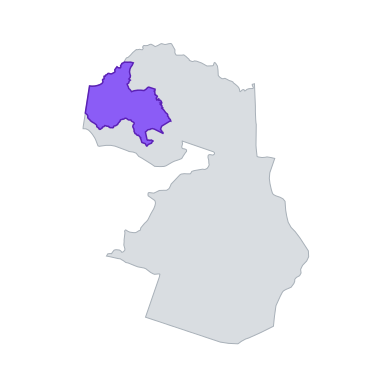 where Northern sits in Zambia, rotated 289°
{"feature_id": "ZMB-515", "entity_name": "Northern", "entity_type": "Province", "adm_level": 1, "iso_a3": "ZMB", "parent_name": "Zambia", "parent_adm1": "", "projection": "natural_earth1", "projection_center": [30.182, -9.848], "detail": "fine", "context": "in_parent", "style": "filled", "palette": "violet", "viewbox_px": 384, "rotation_deg": 289, "n_neighbors": 0, "source": "natural_earth", "source_scale": "10m", "svg_char_len": 8918}
<svg xmlns="http://www.w3.org/2000/svg" viewBox="0 0 384 384"><g transform="rotate(289 192 192)"><path d="M250.7,259.3L235.5,259.3L230.0,260.7L225.5,262.9L220.1,266.2L217.0,268.5L216.1,269.8L215.7,272.6L215.7,277.0L215.2,280.2L213.5,283.0L205.3,286.5L200.0,289.4L194.7,292.8L190.8,297.2L188.1,302.5L183.6,309.2L174.2,321.2L168.7,323.4L164.1,322.9L158.6,320.4L154.2,319.9L150.9,321.5L147.9,321.0L145.2,318.5L142.8,317.6L141.0,318.2L138.6,318.1L134.2,316.7L130.4,312.5L128.3,310.7L126.8,310.1L122.2,309.4L111.8,308.4L101.1,310.5L91.6,312.7L81.9,303.2L72.4,293.1L70.5,290.6L66.9,287.3L64.4,285.6L63.4,284.8L60.8,275.9L59.3,267.6L58.5,188.8L101.1,188.8L103.8,188.4L103.9,187.6L102.0,183.4L102.0,181.9L102.5,179.0L104.4,173.3L104.5,171.4L103.6,165.2L103.7,161.8L104.1,154.7L103.8,152.4L104.8,149.2L105.1,147.1L105.5,146.2L105.0,143.8L104.1,135.5L103.6,132.0L106.1,132.5L107.0,134.2L107.5,136.1L108.6,136.2L111.7,137.3L112.7,138.9L113.5,142.2L113.1,143.9L112.1,145.3L113.1,146.5L115.1,147.4L116.3,147.1L119.7,144.8L122.9,144.0L124.5,143.4L131.5,141.9L132.9,141.1L133.9,141.1L134.6,141.7L134.0,144.1L133.8,146.2L134.6,150.2L135.3,152.0L136.8,153.4L137.8,154.1L139.0,155.5L141.5,155.3L146.9,157.3L148.5,158.2L150.8,159.2L152.4,159.5L158.0,160.2L163.9,161.3L166.9,161.4L169.1,161.2L170.6,160.6L171.5,159.9L171.9,159.4L174.1,151.8L175.2,151.2L176.7,150.9L177.5,151.5L178.5,156.3L182.8,160.6L184.2,164.2L185.3,167.3L186.2,168.1L187.8,169.2L190.4,169.6L192.7,169.7L204.1,174.9L205.4,175.9L206.8,178.7L207.7,181.9L208.6,184.4L210.0,184.9L211.4,185.1L212.7,186.8L213.6,188.3L217.0,194.5L217.5,196.9L219.2,198.6L221.4,199.3L223.4,199.4L224.6,198.6L227.6,197.4L229.8,195.9L231.5,195.4L232.5,195.7L233.2,196.7L233.7,199.8L235.3,200.9L236.5,200.4L237.0,199.2L237.0,198.6L237.0,166.2L235.9,166.5L234.6,167.4L231.6,167.5L230.4,168.2L230.0,169.2L230.3,170.6L230.3,172.4L229.9,173.2L228.6,173.6L226.7,172.9L223.2,172.0L220.3,171.4L218.2,169.0L215.4,165.3L213.5,163.4L209.1,159.6L208.3,158.9L207.0,157.1L205.8,154.0L204.7,150.5L204.1,148.3L205.1,144.9L207.7,133.6L208.3,130.1L210.5,126.6L210.6,123.4L209.8,119.4L210.0,117.1L210.3,104.3L209.7,100.2L208.2,95.7L205.0,89.4L205.0,88.1L209.9,84.0L211.4,82.5L214.0,79.2L215.7,76.4L216.8,74.1L217.2,71.2L216.4,68.4L218.1,67.9L258.9,60.6L259.5,62.5L260.7,65.7L262.1,68.1L263.8,70.1L265.3,71.4L266.3,71.8L272.6,71.6L274.9,72.9L276.8,74.5L277.3,76.9L278.6,78.5L280.0,79.7L280.6,79.8L281.6,79.5L283.3,79.5L284.9,80.0L285.6,80.6L285.7,82.6L286.2,83.5L288.3,83.9L290.5,84.1L292.5,85.5L294.8,85.7L297.4,86.3L298.6,87.8L301.4,89.3L304.8,90.7L308.6,93.0L308.6,93.7L309.3,95.0L309.9,96.0L310.0,97.4L310.3,98.7L311.2,99.0L312.0,99.1L312.8,98.2L313.8,98.2L314.9,98.8L315.2,100.3L316.1,102.4L317.5,103.7L318.4,105.1L318.1,107.5L317.5,109.8L319.4,112.0L321.8,114.1L322.4,115.0L322.6,118.1L323.0,119.2L324.7,121.8L325.5,123.5L325.4,124.5L320.9,129.6L318.2,130.4L317.0,131.5L316.3,132.6L318.0,137.7L319.0,139.6L318.2,142.1L316.4,146.2L315.6,146.6L315.4,149.7L316.0,150.8L316.8,151.7L317.2,153.8L317.1,159.1L316.0,165.1L318.0,170.3L318.6,170.9L321.4,170.9L321.9,171.4L321.2,172.8L319.3,175.1L315.7,176.9L310.7,178.9L309.6,180.8L308.9,183.5L309.5,185.1L310.2,186.1L309.9,188.5L309.5,191.0L309.6,193.0L309.4,194.8L308.7,195.6L307.8,198.3L306.7,200.9L305.9,202.2L304.6,203.4L302.6,204.5L302.6,205.0L304.9,206.3L305.5,207.1L305.7,207.7L304.7,209.1L305.8,209.9L307.0,210.6L308.3,212.3L309.6,215.7L309.9,216.0L310.3,216.1L311.0,215.7L312.4,214.3L313.4,213.9L314.7,215.8L293.5,224.1L288.5,225.8L281.1,228.7L278.6,229.8L276.7,230.8L257.0,237.3L253.9,238.6L246.9,241.9L246.7,242.4L246.8,243.9L247.4,247.0L248.6,249.8L249.6,251.5L250.3,255.6L250.7,259.3Z" fill="#d9dde1" stroke="#a8b0b8" stroke-width="1"/><path d="M258.9,60.6L259.5,63.2L260.6,65.8L262.1,68.2L263.6,70.1L264.4,70.8L265.3,71.5L266.4,71.9L267.3,71.9L267.8,71.6L268.3,71.2L268.8,70.9L269.3,70.9L269.6,71.1L270.0,71.8L270.3,72.0L270.5,72.1L270.9,71.9L272.1,71.4L272.4,71.3L272.5,71.2L272.9,71.2L273.0,71.4L273.0,71.9L273.1,72.1L273.4,72.3L273.7,72.4L274.0,72.3L274.4,72.3L274.7,72.6L275.2,73.2L275.6,73.5L276.5,73.8L276.9,74.2L277.1,74.9L277.1,75.9L277.3,77.0L277.8,77.8L280.0,79.8L280.4,80.0L280.8,80.0L281.3,79.8L282.1,79.3L282.6,79.2L286.0,80.3L285.6,81.4L285.6,82.7L286.1,83.8L287.0,84.0L287.5,83.8L287.8,83.5L288.2,83.3L288.8,83.4L289.5,83.9L289.9,83.9L290.3,83.8L290.6,83.8L291.0,84.1L291.9,85.1L292.3,85.5L292.8,85.7L293.7,88.8L294.8,91.7L295.0,94.4L292.5,94.2L290.2,93.5L287.9,93.3L285.2,93.8L283.3,94.9L281.8,96.0L280.0,96.2L278.3,95.5L277.7,97.3L276.2,96.5L274.5,96.7L272.9,95.5L271.8,96.4L270.4,97.8L269.3,98.4L268.7,100.0L267.2,102.2L268.9,104.3L270.6,107.6L271.6,110.5L272.3,113.6L274.1,115.0L276.4,116.1L277.1,117.0L277.2,123.6L275.7,124.0L275.6,123.9L275.5,123.7L275.3,123.5L275.1,123.4L274.9,123.6L274.7,124.1L274.2,124.3L273.5,124.7L273.0,124.9L272.4,125.0L272.2,125.1L272.1,125.3L272.3,125.6L272.2,125.8L271.8,125.8L271.7,125.9L271.6,126.1L271.7,127.2L271.6,127.5L271.4,127.7L271.0,128.0L270.8,128.2L270.6,127.9L270.1,127.8L269.6,127.7L269.3,127.6L268.9,127.7L268.5,127.9L267.5,128.8L267.9,129.3L268.0,129.5L268.1,129.8L268.4,129.8L268.6,129.7L268.8,129.6L269.1,129.8L269.2,130.4L268.8,130.6L268.0,130.5L267.8,130.8L267.8,131.0L267.9,131.3L268.4,131.9L268.4,132.0L268.3,132.4L268.2,132.5L267.9,132.9L267.9,133.2L266.8,134.2L266.5,134.4L266.0,134.4L266.2,134.1L266.3,133.9L266.2,133.6L266.1,133.3L265.9,133.0L265.8,133.3L265.7,133.9L265.4,134.1L265.0,133.9L264.8,133.6L265.0,133.3L264.6,133.3L264.3,133.9L264.1,134.8L263.9,135.4L263.7,135.5L263.0,135.8L262.8,135.8L262.6,135.9L262.4,136.1L262.1,136.2L261.8,136.2L262.2,136.8L262.1,137.0L261.8,136.9L261.5,136.6L261.3,136.7L261.1,136.9L261.0,137.2L260.9,137.5L260.5,138.4L258.6,141.1L258.1,142.2L257.9,142.9L257.8,143.2L257.3,143.7L257.1,143.8L256.9,144.1L256.3,144.1L256.0,144.1L255.8,144.2L255.6,144.5L255.3,145.3L255.2,145.5L254.9,145.8L254.6,145.9L254.2,146.1L254.0,146.6L253.8,147.2L253.6,147.7L252.7,148.5L252.1,148.8L252.1,148.7L252.0,148.2L251.9,148.1L244.8,142.2L244.4,142.0L244.0,141.9L241.2,141.8L240.9,141.9L240.7,142.0L240.5,142.8L240.2,143.2L239.4,143.8L239.3,144.0L239.1,144.3L239.0,144.6L239.0,144.9L238.9,145.1L238.2,145.3L238.0,145.8L237.9,146.0L239.2,135.9L239.1,134.5L239.1,134.2L239.0,133.9L238.4,132.7L238.2,132.6L238.1,132.4L237.5,132.0L237.4,131.8L236.7,130.4L236.6,130.2L236.1,129.8L235.9,129.7L235.0,129.3L234.2,128.8L233.9,128.5L233.7,128.4L233.4,128.5L227.1,132.3L226.8,132.6L226.5,133.0L226.6,133.4L227.0,134.1L227.1,134.3L227.0,134.6L227.0,134.8L227.1,135.1L227.1,135.4L227.2,135.6L227.9,136.5L227.9,136.9L227.7,137.5L227.7,138.2L227.7,138.4L227.6,138.5L227.4,138.6L226.2,137.9L225.9,137.8L225.3,137.9L225.0,137.8L224.9,137.7L222.9,135.4L222.7,135.2L220.9,134.5L220.7,134.4L220.7,134.2L220.9,133.8L221.4,133.2L222.4,132.2L222.5,132.0L222.5,131.8L222.5,128.7L222.6,128.4L225.4,126.4L225.6,126.1L225.8,125.8L226.1,125.7L226.5,125.8L226.8,125.7L227.0,124.9L227.2,124.6L228.1,123.1L228.2,122.8L228.2,122.7L227.9,122.3L227.8,121.9L227.8,121.7L228.2,120.9L228.3,120.6L228.5,120.5L228.6,120.3L228.7,120.1L228.7,119.2L228.8,119.0L228.9,118.9L229.6,118.4L230.2,117.7L230.4,117.5L230.7,117.4L231.4,117.2L232.2,116.7L232.7,116.5L232.8,116.4L233.0,116.2L233.7,115.4L234.1,115.1L234.3,114.9L234.7,114.7L234.8,114.7L235.4,114.6L236.4,114.6L236.5,114.7L236.8,114.8L237.3,115.0L237.7,115.1L238.0,115.0L238.3,114.9L238.7,114.5L238.8,114.4L238.9,114.1L239.2,112.1L239.3,111.8L239.5,111.6L239.6,111.3L239.8,111.2L240.1,110.8L240.2,110.7L239.9,110.0L239.6,109.0L239.5,108.5L239.5,108.3L239.5,108.2L240.1,106.5L240.2,105.9L240.2,105.6L239.9,104.7L239.6,104.3L239.5,104.2L238.8,103.9L238.7,103.8L238.6,103.6L238.5,103.2L238.4,102.8L238.1,102.6L237.8,102.2L237.5,101.7L237.2,101.2L236.9,100.9L236.6,101.0L236.0,100.9L235.6,101.0L235.5,100.9L235.4,100.7L235.1,100.6L234.7,100.6L234.0,100.3L233.6,100.1L233.4,100.0L233.0,99.9L232.5,99.7L232.4,99.7L232.0,99.8L231.9,99.7L231.5,99.5L231.2,99.4L230.9,99.2L230.7,98.8L230.6,98.7L230.2,98.6L229.9,98.3L229.7,98.1L229.2,97.1L228.8,96.7L228.5,96.6L228.3,96.5L228.1,96.5L227.8,96.7L227.7,96.7L227.4,96.7L227.2,96.4L226.9,96.1L226.5,94.6L226.3,94.1L226.2,93.9L226.2,93.7L226.2,92.7L226.3,92.5L226.6,92.4L226.8,92.0L226.9,91.6L226.5,90.0L226.5,89.7L226.6,88.9L226.5,88.4L226.4,88.1L226.4,87.9L226.2,87.8L225.9,87.9L225.6,87.6L225.1,87.4L224.9,87.2L224.7,86.8L224.4,86.4L224.0,86.2L223.9,86.2L223.6,86.3L223.4,86.3L223.2,86.2L222.8,85.8L222.6,85.7L222.4,85.5L222.2,85.4L221.8,85.2L221.5,85.0L221.4,84.8L221.2,84.5L221.3,84.0L221.4,83.5L221.4,83.4L221.5,83.3L221.6,83.2L221.9,83.2L222.0,83.2L222.6,81.0L222.8,80.7L223.1,80.6L223.7,80.3L223.9,80.2L224.0,80.1L224.3,79.7L224.5,79.5L225.2,77.3L225.7,74.7L226.4,72.6L226.6,72.4L226.8,72.1L227.1,71.7L227.7,70.1L228.0,69.7L228.2,69.4L228.3,69.3L228.5,69.2L229.4,68.9L230.1,68.6L230.4,68.4L230.7,68.1L231.0,67.5L231.7,66.0L231.9,65.4L258.9,60.6Z" fill="#8b5cf6" stroke="#5b21b6" stroke-width="1.5"/></g></svg>